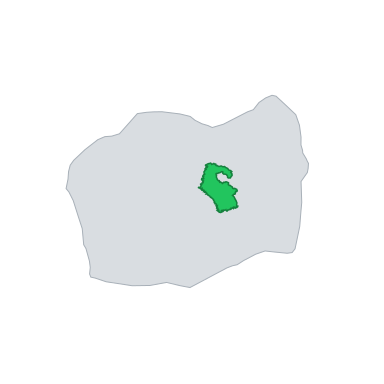 Makhoalipana, Maseru, Lesotho shown in context, rotated 212°
{"feature_id": "5366337B32036214751587", "entity_name": "Makhoalipana", "entity_type": "district", "adm_level": 2, "iso_a3": "LSO", "parent_name": "Lesotho", "parent_adm1": "Maseru", "projection": "natural_earth1", "projection_center": [28.011, -29.76], "detail": "fine", "context": "in_parent", "style": "filled", "palette": "green", "viewbox_px": 384, "rotation_deg": 212, "n_neighbors": 0, "source": "geoboundaries", "source_scale": "gbopen_adm2", "svg_char_len": 6730}
<svg xmlns="http://www.w3.org/2000/svg" viewBox="0 0 384 384"><g transform="rotate(212 192 192)"><path d="M243.6,251.8L234.6,254.8L233.3,255.1L227.5,254.4L219.8,255.1L213.7,256.8L209.0,257.4L201.3,266.1L187.4,289.4L183.6,294.3L182.6,303.5L179.4,310.8L175.4,316.4L171.5,317.8L159.9,315.6L145.0,312.6L136.3,305.6L128.6,296.3L124.5,289.6L120.3,285.9L118.8,283.8L112.7,280.7L110.4,279.1L108.4,278.0L106.0,273.5L104.5,269.6L105.1,258.7L100.8,252.3L93.4,241.3L88.8,232.2L82.4,219.9L78.5,209.3L74.5,198.4L75.0,193.7L78.8,190.5L90.1,184.9L98.8,180.7L105.1,172.9L111.9,161.2L115.2,154.2L118.5,151.0L122.2,146.1L128.5,135.2L135.5,123.0L143.1,109.9L152.6,106.2L165.7,101.8L178.2,90.4L193.1,80.8L217.2,70.4L228.5,67.7L232.7,66.2L235.4,68.2L238.3,74.1L242.4,79.1L251.9,87.8L255.9,89.9L265.7,102.8L276.2,111.6L288.2,121.8L296.4,126.8L300.6,128.2L304.0,137.3L307.5,143.9L309.5,150.2L309.1,156.3L305.2,171.2L299.6,186.5L295.2,192.8L289.7,196.8L284.4,202.9L282.3,215.1L279.9,229.5L272.9,235.4L267.5,239.3L260.1,244.1L243.6,251.8Z" fill="#d9dde1" stroke="#a8b0b8" stroke-width="1"/><path d="M167.9,219.0L168.2,218.8L169.1,218.2L169.0,217.6L169.7,217.3L170.3,217.1L170.4,216.7L170.5,215.5L170.7,215.3L170.8,215.4L171.0,215.4L171.8,215.7L172.5,215.6L173.1,215.6L173.1,215.2L173.5,214.9L174.2,215.3L174.6,215.9L174.9,216.1L175.6,215.6L176.0,215.8L176.7,215.8L177.3,216.0L177.9,216.7L178.4,217.0L179.0,217.3L179.7,218.3L179.8,218.7L180.0,218.7L180.1,219.1L180.7,219.4L181.3,220.3L180.9,220.9L180.4,221.0L179.9,221.4L179.8,222.3L179.0,222.7L178.2,223.7L177.8,224.8L177.0,225.3L176.5,225.3L176.5,224.9L176.2,224.5L175.9,224.5L175.8,224.2L175.1,224.0L174.8,223.9L174.1,224.3L172.8,224.9L172.4,225.0L171.4,224.7L171.1,224.8L170.8,224.5L170.3,224.3L169.7,223.4L169.2,223.3L168.8,223.1L168.3,223.3L167.9,223.7L167.0,224.1L166.9,224.4L166.9,224.9L167.1,225.5L167.0,225.8L167.1,226.1L166.8,226.6L166.9,227.7L167.6,228.1L167.7,228.4L168.0,228.5L168.1,228.9L168.3,229.0L169.5,229.0L169.6,229.7L169.3,230.1L169.2,230.4L169.6,230.4L170.1,230.6L170.4,230.6L170.6,230.7L171.6,230.3L172.1,230.2L172.9,230.2L174.1,230.9L175.2,230.8L176.2,230.6L177.3,230.8L177.8,230.6L178.2,230.7L178.6,230.1L178.8,230.0L179.4,229.7L180.6,229.6L181.1,229.5L181.5,229.1L182.1,228.4L182.9,227.8L183.7,227.8L184.3,227.6L184.9,227.8L185.0,227.7L185.3,227.2L185.8,227.2L186.1,227.4L186.2,227.6L186.5,228.2L187.1,228.1L187.3,227.6L187.5,227.6L187.8,227.7L188.6,227.8L188.9,226.9L189.0,226.7L189.3,226.7L189.5,226.6L189.9,225.8L191.2,226.4L191.7,226.3L192.1,225.6L192.8,225.1L192.9,224.7L193.3,224.5L193.7,223.9L194.1,223.2L194.3,222.6L194.3,222.4L194.7,222.3L194.8,222.0L194.8,221.9L194.7,221.8L194.2,221.9L193.9,222.2L193.4,220.6L193.0,220.5L192.9,220.9L193.2,222.0L192.9,222.2L192.3,221.9L192.2,221.8L192.5,221.1L192.2,220.8L192.7,219.8L193.1,219.3L193.2,218.6L192.7,218.5L192.3,218.7L192.0,218.6L192.2,218.2L192.6,218.2L192.6,217.2L192.3,216.6L192.6,215.7L192.3,215.1L191.8,214.5L191.6,214.2L190.7,214.0L190.6,213.8L190.6,213.5L190.8,213.1L191.2,213.0L191.3,212.7L191.4,211.7L191.1,210.9L190.6,211.3L190.3,211.3L190.2,211.0L190.3,210.6L190.1,210.3L190.1,209.9L189.9,209.7L189.2,209.7L189.1,209.2L189.5,209.0L190.5,208.8L190.8,208.7L190.8,208.4L190.6,208.0L190.5,207.6L190.4,207.5L190.0,207.5L189.2,207.2L188.9,207.3L188.5,207.5L188.1,207.5L188.1,207.2L188.3,206.6L187.9,206.3L187.5,205.8L187.6,205.6L188.3,205.3L188.3,204.9L188.0,204.4L188.0,204.2L188.2,203.9L188.8,203.5L188.9,203.2L188.6,203.0L188.1,203.3L187.7,203.3L187.7,202.9L187.9,202.5L187.8,202.2L187.5,201.6L187.3,200.6L187.5,200.3L188.8,199.6L188.9,199.3L188.8,199.1L188.4,199.1L187.9,199.5L186.7,199.2L186.0,199.3L186.1,199.5L185.9,199.8L185.9,199.7L185.7,199.6L185.5,199.4L185.5,199.6L185.2,199.8L185.2,199.5L184.9,199.6L184.7,199.4L184.6,199.6L184.2,199.7L184.5,199.5L184.2,199.5L184.1,199.3L183.9,199.5L183.7,199.3L183.4,199.5L183.4,199.3L183.1,199.4L183.1,199.2L182.8,199.2L182.7,199.0L182.6,199.3L182.2,199.2L182.3,199.0L182.0,199.3L181.9,199.1L181.6,198.9L181.4,199.0L181.3,198.7L181.1,198.9L180.9,198.8L180.7,199.1L180.6,198.8L180.4,198.6L180.5,198.8L180.4,199.1L180.2,198.9L179.9,198.9L180.1,198.6L179.5,198.7L179.1,198.4L178.7,198.3L178.6,198.5L178.4,198.3L178.5,198.0L178.2,198.2L177.7,198.3L177.3,198.2L177.1,197.8L176.5,198.0L175.8,197.8L175.2,198.0L174.3,197.8L174.2,197.6L173.4,197.2L173.0,197.6L172.7,197.7L172.4,197.6L172.0,197.3L171.2,197.3L170.5,197.2L170.4,197.0L169.4,196.8L169.3,196.3L167.9,195.8L167.6,195.4L167.4,195.4L167.4,195.0L167.5,194.9L167.2,194.7L166.9,194.8L166.5,194.5L166.4,194.6L166.2,194.6L166.1,194.4L165.9,194.6L165.5,194.7L165.2,194.7L164.7,194.2L164.4,194.1L164.5,193.9L164.0,193.7L164.1,193.4L163.8,193.5L163.7,193.3L163.5,193.5L163.5,192.9L163.3,192.9L163.4,192.7L163.0,192.5L162.9,192.2L162.6,192.3L162.5,192.0L162.3,192.1L162.1,192.1L162.0,191.8L161.9,191.8L162.1,191.5L161.9,191.5L161.9,191.3L161.5,191.3L161.4,191.1L161.2,191.1L161.4,190.7L161.0,190.2L160.7,190.3L160.8,189.8L160.6,189.9L160.4,190.1L160.2,189.8L159.9,190.1L159.9,189.7L159.6,189.6L159.5,190.1L159.4,190.3L159.0,189.7L158.1,189.2L157.5,189.7L156.8,189.8L156.7,190.4L156.4,190.4L156.3,190.6L156.6,191.2L156.6,191.7L156.9,191.5L157.2,191.7L157.2,192.0L156.7,192.3L155.9,191.6L155.6,191.5L155.4,191.8L155.3,192.4L155.5,192.7L155.5,193.2L155.9,193.2L155.7,193.4L154.9,193.5L154.6,194.1L153.7,194.6L153.7,194.8L153.2,194.4L152.7,194.6L152.4,194.3L152.2,194.3L152.0,195.0L152.1,195.5L152.1,195.8L151.6,196.0L151.3,196.6L151.0,196.7L151.0,197.2L150.1,197.6L150.2,197.9L150.1,198.2L150.4,198.8L150.2,198.9L149.8,198.3L149.7,198.4L149.8,199.0L149.6,199.4L149.0,200.6L148.8,200.5L148.7,200.0L148.4,199.8L148.1,199.8L148.1,200.6L148.6,201.1L148.6,201.4L148.5,201.5L148.2,201.2L147.9,201.2L147.3,201.7L147.1,201.6L147.0,201.2L146.8,201.2L146.5,201.5L146.8,202.1L146.7,202.3L146.3,202.3L145.9,202.5L146.1,203.3L145.6,203.2L145.4,203.6L145.4,203.8L145.7,204.3L145.9,204.1L146.1,204.0L146.2,203.6L146.4,203.6L146.5,203.8L146.8,203.9L147.2,204.7L147.7,205.3L148.0,206.3L148.4,206.8L149.6,207.6L149.8,207.8L150.1,208.0L150.4,208.0L150.7,208.4L152.0,208.9L152.1,209.2L152.6,209.4L153.1,209.8L153.9,210.2L154.5,210.2L155.1,210.6L155.8,210.6L155.3,212.4L155.0,212.4L154.8,212.6L154.6,212.7L154.3,213.4L154.5,213.7L154.9,214.0L154.8,214.6L155.1,214.8L155.0,215.0L155.2,215.6L155.2,215.8L154.8,215.8L154.3,216.2L154.2,216.4L154.3,216.5L154.5,217.3L154.9,217.4L155.0,217.6L155.6,218.0L156.8,217.7L157.5,217.8L157.8,217.7L158.1,217.1L158.4,217.0L158.6,216.8L159.4,216.7L159.7,216.9L160.0,217.4L160.4,217.4L160.8,217.7L161.6,217.6L163.4,217.8L163.8,217.3L164.0,217.2L164.8,217.6L165.2,217.5L165.4,217.8L165.4,218.3L165.9,219.2L166.3,219.2L167.0,218.9L167.3,219.0L167.9,219.0Z" fill="#22c55e" stroke="#15803d" stroke-width="1.5"/></g></svg>